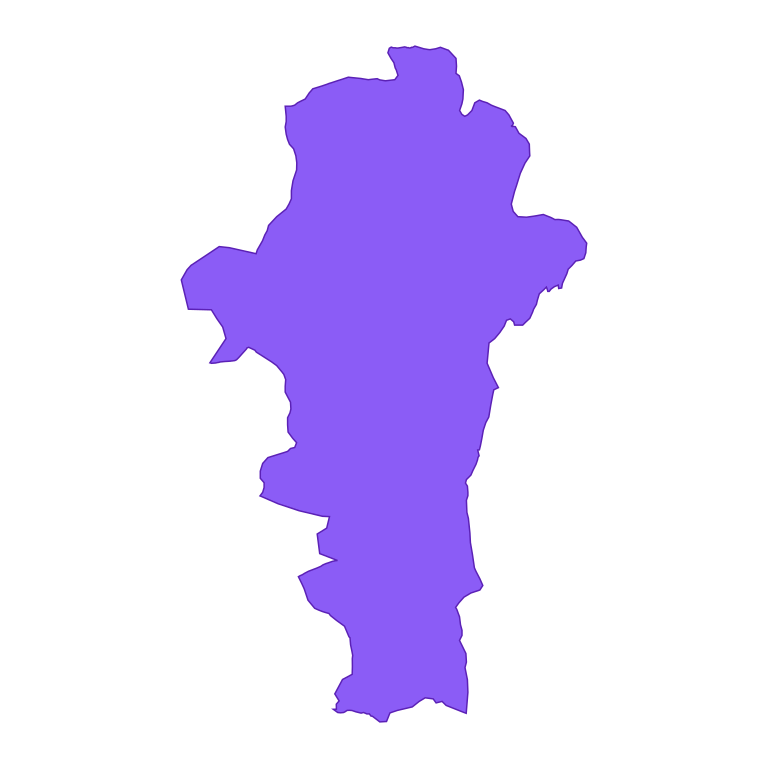 the district of Shiroro, Niger, Nigeria
{"feature_id": "59680162B70265669805684", "entity_name": "Shiroro", "entity_type": "district", "adm_level": 2, "iso_a3": "NGA", "parent_name": "Nigeria", "parent_adm1": "Niger", "projection": "mercator", "projection_center": [6.713, 10.082], "detail": "fine", "context": "isolated", "style": "filled", "palette": "violet", "viewbox_px": 768, "rotation_deg": 0, "n_neighbors": 0, "source": "geoboundaries", "source_scale": "gbopen_adm2", "svg_char_len": 5203}
<svg xmlns="http://www.w3.org/2000/svg" viewBox="0 0 768 768"><path d="M285.2,106.2L286.2,116.3L286.2,121.6L285.2,127.0L286.2,134.2L287.6,139.5L289.5,144.3L293.6,148.8L295.9,155.9L296.8,162.9L296.6,170.0L293.0,180.8L291.4,190.6L291.4,198.8L289.0,204.1L286.2,209.0L276.7,216.7L268.6,225.4L267.2,230.7L264.8,235.0L262.5,240.8L257.3,249.9L256.1,253.7L229.4,247.7L219.2,246.6L204.1,256.7L191.1,265.3L187.1,269.7L181.3,279.9L188.4,309.2L211.4,309.8L216.9,318.7L222.7,327.0L226.0,338.6L209.9,362.8L210.6,363.0L211.4,363.3L212.5,363.2L215.5,363.0L217.8,362.5L218.9,362.4L219.8,362.0L224.8,361.5L228.3,361.3L230.8,361.1L231.0,361.0L231.4,361.0L232.5,360.9L233.1,360.8L233.7,360.7L234.2,360.7L234.8,360.5L235.3,360.4L235.8,360.2L236.2,359.9L236.7,359.6L237.1,359.2L237.5,358.8L237.9,358.4L238.7,357.6L242.2,353.7L245.0,350.6L245.7,349.8L246.1,349.4L246.4,349.0L246.7,348.6L246.9,348.2L247.0,347.9L248.7,347.3L254.9,350.2L256.3,352.1L271.5,361.8L276.7,365.6L280.5,370.2L281.6,371.5L282.4,372.5L282.7,372.9L282.9,373.2L283.8,374.3L285.7,379.6L285.2,386.3L285.2,392.1L290.5,402.2L290.9,409.0L290.0,412.8L287.6,417.7L287.6,424.9L288.1,432.1L292.8,438.4L296.6,442.7L294.7,447.5L290.5,448.5L287.6,451.4L283.3,452.8L278.4,454.3L267.9,457.6L262.7,463.4L260.3,471.1L260.3,478.3L264.1,482.7L264.1,487.5L262.7,492.3L260.0,495.9L278.2,503.8L299.0,510.7L322.5,516.3L329.5,516.6L326.7,528.1L317.2,534.0L319.7,553.6L337.5,560.5L335.4,560.7L332.3,561.4L328.7,562.7L325.9,563.6L322.9,564.9L320.9,566.3L318.4,567.4L316.0,568.4L313.6,569.3L311.0,570.3L308.4,571.3L306.5,572.3L304.6,573.3L302.4,574.7L300.1,575.7L298.4,576.7L301.8,583.6L304.2,588.8L305.9,593.9L308.0,600.2L314.7,608.3L319.0,610.2L321.3,611.1L322.6,611.6L325.1,612.4L329.0,613.5L330.4,615.5L336.5,620.4L344.5,626.2L349.0,636.8L350.0,637.8L350.6,644.9L352.0,651.6L352.7,655.4L352.3,658.5L352.4,666.6L352.2,674.3L342.5,679.5L334.8,693.9L339.1,700.9L336.3,704.2L336.4,709.2L333.3,709.3L337.7,712.5L340.5,712.8L343.6,712.5L345.0,711.8L347.1,710.4L349.4,710.3L352.0,710.5L355.8,711.8L361.1,713.1L363.6,712.5L366.8,713.9L369.4,713.9L370.9,716.0L372.5,716.3L376.7,719.5L379.8,721.9L386.5,721.5L387.2,719.8L389.9,713.0L392.0,712.2L397.1,710.5L397.4,710.4L412.3,706.9L419.2,701.4L425.2,697.8L433.2,698.9L436.1,702.9L442.1,701.4L446.1,705.4L464.0,712.5L466.2,713.3L467.9,692.3L467.4,679.7L465.0,667.6L466.4,662.1L465.9,653.5L459.5,640.4L462.0,635.4L462.0,630.3L460.5,624.8L459.5,616.7L458.1,613.0L456.8,609.4L455.6,607.4L459.0,602.7L464.0,597.1L470.9,593.0L479.9,590.0L482.8,585.5L479.9,578.9L475.9,571.2L474.4,567.8L472.4,554.2L470.4,542.6L469.9,533.0L468.4,518.4L466.9,512.4L466.4,500.3L467.9,495.7L467.9,492.2L467.4,486.1L465.5,483.1L466.4,479.6L470.9,475.1L472.9,470.5L476.0,464.3L477.5,460.0L478.0,457.4L479.1,455.8L478.4,452.9L477.7,450.0L479.4,449.8L480.4,445.8L481.8,438.7L483.3,430.2L485.8,422.6L488.8,417.0L490.8,404.9L492.8,394.3L493.8,389.8L498.4,387.6L493.3,377.7L487.1,363.2L489.0,343.0L494.7,338.6L499.9,332.4L500.9,330.9L504.2,326.1L506.5,320.3L510.3,318.9L511.6,320.0L513.7,321.8L514.6,325.1L522.7,325.1L525.5,322.3L529.8,318.3L532.6,312.1L533.6,309.2L536.4,304.4L537.4,300.1L539.3,293.8L544.0,289.5L546.4,287.1L547.3,289.5L547.8,291.4L549.2,291.4L551.1,289.0L554.5,286.6L558.2,285.1L558.4,286.5L558.7,288.5L561.6,288.0L562.1,285.2L562.5,283.2L566.8,273.8L568.2,269.2L572.0,265.4L575.8,261.0L580.5,260.1L583.9,258.6L585.8,252.8L586.2,247.0L586.7,243.2L584.3,239.9L582.4,237.4L576.7,227.3L573.9,225.1L571.4,223.1L568.7,221.0L560.5,219.7L558.7,219.5L557.0,219.5L554.9,219.6L551.5,217.8L550.2,217.2L548.6,216.6L543.3,214.5L536.1,215.8L533.6,216.2L527.9,217.0L526.5,217.2L521.6,216.9L517.9,216.7L515.5,214.0L513.2,211.4L512.3,208.0L511.3,204.1L514.5,191.6L516.4,185.9L520.3,173.3L525.0,163.1L529.8,155.9L529.6,152.6L529.3,144.1L526.0,138.5L518.9,133.2L515.4,126.8L515.3,126.7L515.1,126.7L513.9,126.5L513.6,126.4L513.0,126.4L512.6,126.5L512.0,126.5L511.5,126.0L511.6,125.8L511.8,125.7L512.2,125.5L512.5,125.1L512.7,124.9L512.9,124.3L513.1,123.9L513.2,123.7L513.3,123.5L513.4,123.3L513.4,123.2L508.9,114.9L505.1,110.5L497.8,107.7L495.1,106.7L491.4,105.2L487.1,102.8L482.5,101.4L479.4,100.1L474.8,102.8L471.9,110.5L467.6,114.9L464.8,116.3L461.9,114.4L459.6,110.5L461.9,103.8L462.9,99.0L463.2,93.0L463.4,89.8L463.1,88.5L461.5,82.1L459.9,77.5L459.3,75.8L456.0,73.4L456.5,66.2L456.0,58.4L452.5,54.6L449.9,51.8L448.4,50.2L447.1,49.8L440.4,47.3L438.2,48.0L435.6,48.8L429.9,49.7L428.1,49.5L423.8,48.8L414.9,46.1L414.2,46.5L412.8,47.2L411.9,47.5L411.4,47.3L410.9,47.7L409.7,48.0L409.3,48.0L408.8,47.8L408.4,47.6L408.1,47.7L407.9,47.7L407.7,47.7L407.1,47.6L406.9,47.5L406.7,47.6L406.3,47.3L405.7,47.1L404.2,46.9L403.7,47.1L398.3,48.0L397.0,48.1L395.3,47.8L393.2,47.8L391.2,47.1L389.3,48.3L387.9,52.8L391.0,58.4L393.9,62.7L395.2,67.9L395.3,68.1L396.2,69.8L398.0,75.4L394.8,79.7L385.4,80.8L379.8,79.9L377.2,78.7L371.4,79.3L368.3,79.7L366.4,79.4L362.6,78.8L361.0,78.5L352.0,77.6L348.3,77.2L342.0,79.3L338.5,80.4L331.2,82.8L328.9,83.5L326.9,84.3L324.2,85.2L322.2,85.9L318.7,87.0L312.8,88.8L310.6,91.4L309.4,92.7L307.4,95.7L305.2,99.0L302.4,100.4L300.7,101.2L297.6,102.8L294.6,105.2L291.9,106.0L290.5,106.2L285.2,106.2Z" fill="#8b5cf6" stroke="#5b21b6" stroke-width="1.5"/></svg>